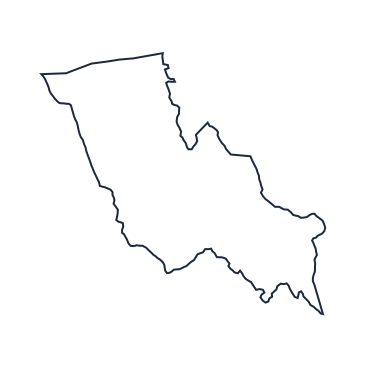 Jussiape, Bahia, Brazil (Natural Earth projection), rotated 168°
{"feature_id": "56859067B44005260140966", "entity_name": "Jussiape", "entity_type": "district", "adm_level": 2, "iso_a3": "BRA", "parent_name": "Brazil", "parent_adm1": "Bahia", "projection": "natural_earth1", "projection_center": [-41.617, -13.496], "detail": "fine", "context": "isolated", "style": "outline", "palette": "slate", "viewbox_px": 384, "rotation_deg": 168, "n_neighbors": 0, "source": "geoboundaries", "source_scale": "gbopen_adm2", "svg_char_len": 3348}
<svg xmlns="http://www.w3.org/2000/svg" viewBox="0 0 384 384"><g transform="rotate(168 192 192)"><path d="M89.3,45.4L91.6,76.1L92.3,79.8L91.6,82.9L90.1,85.9L88.3,88.7L87.7,91.2L87.2,93.6L86.3,96.7L86.3,100.1L84.8,102.3L82.9,104.3L83.0,108.2L82.8,111.1L83.5,114.2L83.9,117.2L84.6,119.5L83.1,121.4L80.6,121.5L77.7,123.2L73.6,124.2L70.9,126.0L69.1,129.2L69.5,133.4L70.2,136.8L72.8,139.9L75.3,142.6L76.7,145.3L79.1,145.6L81.3,145.2L84.9,143.6L87.7,143.7L90.8,144.1L93.1,146.3L95.4,147.3L97.8,148.5L99.5,151.7L102.0,154.8L106.0,156.0L109.8,159.4L113.8,160.2L116.7,163.9L119.3,167.2L121.6,169.8L123.5,173.3L124.7,177.1L122.5,179.7L123.0,183.6L123.2,187.7L123.6,190.5L123.2,194.1L123.9,198.4L124.1,201.2L125.1,204.8L126.1,208.4L126.7,211.1L127.4,214.8L146.2,220.6L148.4,224.4L149.8,227.1L150.5,230.4L152.7,233.9L153.6,236.3L154.4,238.6L155.2,242.2L154.1,245.2L155.2,247.6L156.8,249.6L158.5,251.6L161.0,252.8L162.2,256.6L176.3,247.1L176.2,243.5L176.4,240.6L178.7,238.0L180.9,236.4L183.4,233.9L186.6,234.5L187.6,236.9L187.9,240.9L189.5,244.7L190.0,247.3L191.7,249.4L190.1,253.4L190.9,257.3L192.1,260.7L192.4,264.2L190.9,268.4L188.5,271.2L187.7,274.4L186.9,277.2L188.6,279.6L191.3,280.9L193.1,282.4L193.2,285.3L194.6,289.2L193.1,292.7L193.6,297.5L194.4,301.4L194.5,304.2L192.1,305.0L188.9,304.0L185.8,303.4L186.4,306.3L189.4,306.9L191.6,308.9L192.6,314.0L192.9,317.5L189.2,318.0L189.2,321.2L193.5,323.1L193.2,326.5L192.9,330.2L191.8,333.9L221.6,334.9L235.4,336.6L248.6,337.3L263.5,338.5L280.5,335.9L283.8,335.4L290.3,334.3L314.9,338.6L313.5,336.2L312.2,332.7L311.2,328.2L310.5,324.4L310.4,320.9L309.5,317.5L308.1,314.8L306.8,311.9L304.7,308.4L303.1,306.5L300.9,305.8L298.8,305.3L296.2,304.3L294.1,303.9L292.4,302.0L292.2,298.6L291.9,294.4L291.7,291.1L291.1,287.2L290.2,284.3L290.0,280.0L290.1,276.2L289.9,272.5L289.4,269.1L287.9,265.4L287.6,261.0L286.9,258.1L286.9,254.6L286.5,251.2L285.9,247.1L285.3,243.1L284.9,238.9L284.2,235.4L283.7,232.1L282.4,226.9L281.6,223.4L281.0,221.0L280.8,217.0L275.8,214.5L271.3,211.3L269.7,208.3L270.4,205.8L269.7,203.3L269.6,200.0L271.1,196.9L269.6,193.4L268.2,190.1L269.2,186.5L270.5,183.1L271.9,180.4L270.2,178.3L267.9,177.1L266.1,175.9L266.5,172.4L268.2,169.6L268.9,166.7L267.3,164.8L266.5,162.3L265.5,159.0L264.9,155.3L263.3,152.1L260.3,151.2L257.2,151.4L254.8,150.5L251.6,149.7L248.4,147.0L245.8,143.0L244.1,140.7L242.7,138.4L241.0,136.8L239.6,134.7L237.1,132.3L235.1,129.2L234.2,126.4L234.5,123.4L234.5,120.4L233.3,117.8L230.3,117.7L228.3,118.5L225.9,119.8L223.1,119.5L220.6,119.1L217.2,119.7L215.0,120.4L212.8,120.7L210.8,122.0L207.5,123.8L204.2,125.0L201.4,128.0L199.5,129.9L196.6,130.4L193.9,130.7L191.0,133.4L187.5,132.6L185.1,132.6L184.4,130.0L182.6,127.5L181.2,123.1L176.1,121.8L172.8,119.8L171.5,116.6L170.2,114.2L171.8,112.0L170.5,109.2L168.6,106.9L167.2,104.6L164.1,103.0L161.4,105.1L159.8,101.9L159.2,99.2L157.7,96.1L155.6,93.9L153.0,91.6L151.9,88.8L150.7,85.7L149.6,83.0L146.1,83.0L143.0,81.6L142.1,78.6L145.2,77.2L147.0,74.8L145.4,71.1L143.0,68.5L140.1,69.0L138.5,71.8L135.4,72.9L135.1,76.0L132.0,77.8L129.7,79.1L128.2,82.1L124.2,83.9L121.6,82.8L118.4,82.9L116.9,80.2L116.5,77.4L115.4,73.7L113.3,68.0L110.7,66.4L109.5,68.8L108.3,71.5L106.0,72.2L104.7,69.2L104.7,66.7L102.8,63.8L100.7,60.4L99.6,56.8L96.9,54.5L95.1,51.7L93.2,49.8L91.4,46.5L89.3,45.4Z" fill="none" stroke="#1e293b" stroke-width="2"/></g></svg>